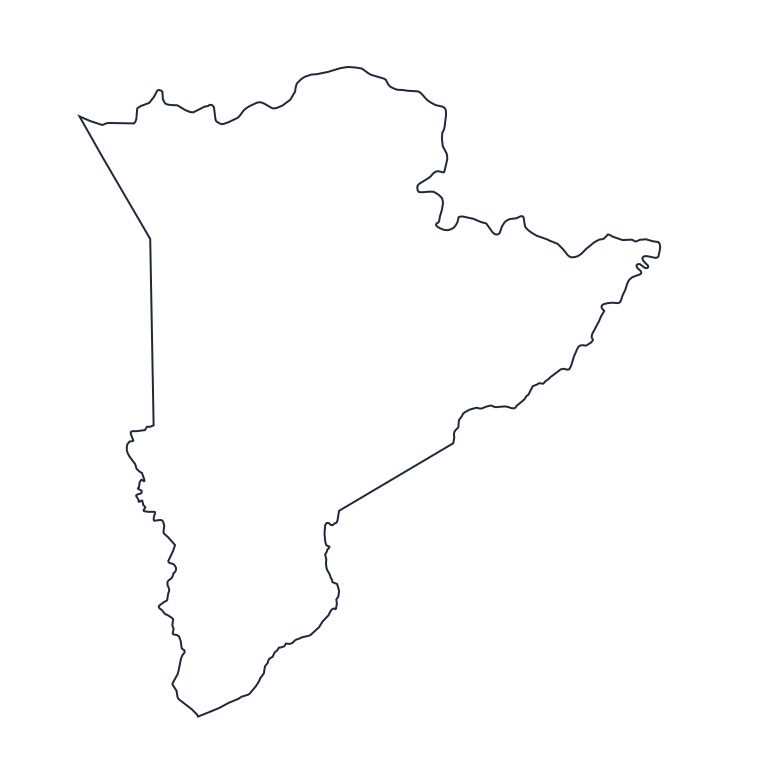 the district of Alauca, El Paraíso, Honduras, rotated 86°
{"feature_id": "27666195B40096098220117", "entity_name": "Alauca", "entity_type": "district", "adm_level": 2, "iso_a3": "HND", "parent_name": "Honduras", "parent_adm1": "El Paraíso", "projection": "orthographic", "projection_center": [-86.676, 13.853], "detail": "fine", "context": "isolated", "style": "outline", "palette": "slate", "viewbox_px": 768, "rotation_deg": 86, "n_neighbors": 0, "source": "geoboundaries", "source_scale": "gbopen_adm2", "svg_char_len": 6098}
<svg xmlns="http://www.w3.org/2000/svg" viewBox="0 0 768 768"><g transform="rotate(86 384 384)"><path d="M94.4,330.1L93.2,339.5L91.9,345.6L91.5,349.6L90.8,351.8L89.0,355.2L87.3,357.6L84.8,359.2L80.9,360.8L79.6,362.2L74.6,375.5L72.7,378.3L68.6,383.0L67.6,384.8L66.3,390.3L65.2,398.1L65.9,405.6L68.8,418.3L70.3,429.9L70.2,434.6L72.0,441.5L73.9,445.1L78.3,450.1L82.2,451.5L86.1,452.3L93.4,457.3L94.5,458.6L99.1,465.8L100.9,470.9L101.4,473.4L101.3,475.6L100.7,476.9L96.2,483.5L94.7,486.4L94.2,488.7L94.6,491.4L97.4,498.7L99.7,502.9L101.5,505.1L106.8,509.6L108.3,511.5L111.9,520.6L113.5,526.4L113.4,528.0L112.6,529.8L110.7,532.5L109.8,533.2L107.9,533.7L96.5,534.3L95.1,534.9L93.7,536.2L93.3,538.3L94.5,540.4L94.8,543.7L99.5,554.8L99.6,556.7L99.0,558.8L96.8,563.3L91.6,570.6L90.8,577.5L90.0,580.7L89.2,582.3L87.7,583.4L84.5,584.7L76.9,584.7L75.7,586.0L75.1,587.7L75.2,589.0L75.6,589.8L81.5,593.4L87.2,598.6L89.8,607.4L91.6,610.6L92.6,611.1L102.1,612.5L105.2,613.8L106.6,615.3L104.4,640.6L104.7,643.3L105.8,646.1L105.8,647.4L101.2,658.7L95.8,669.1L137.4,649.3L223.0,607.1L409.2,616.7L410.4,620.5L410.1,623.3L410.8,624.0L413.3,625.7L413.8,634.5L413.5,637.9L414.0,639.6L414.8,640.0L416.0,640.1L423.0,638.0L423.4,638.8L423.7,641.9L426.1,644.1L427.7,644.8L432.0,645.2L434.8,644.6L438.5,643.0L446.3,638.0L448.6,637.3L451.3,636.8L454.2,634.1L456.0,631.6L463.1,629.7L463.9,629.8L464.2,630.2L462.6,632.6L463.0,633.2L465.1,634.7L469.6,635.6L470.9,636.7L471.6,636.4L473.2,633.6L474.6,633.1L476.1,633.8L477.1,637.9L477.9,639.0L478.5,639.0L482.5,636.9L484.0,637.0L484.5,636.4L483.6,634.6L483.5,633.3L487.8,632.6L490.2,630.7L490.8,630.9L492.8,632.5L493.5,632.6L494.1,632.3L495.1,628.0L495.4,622.4L495.8,621.5L496.9,621.4L499.5,622.5L502.0,623.1L503.5,623.2L504.4,622.7L504.0,616.6L504.4,615.2L505.3,614.3L506.9,613.7L510.2,613.1L515.9,614.3L517.7,614.1L522.1,609.8L530.1,603.7L535.1,605.7L545.5,611.5L546.5,611.3L547.5,610.5L548.8,607.0L550.3,605.4L552.9,604.3L555.3,604.6L556.8,605.5L558.4,607.4L560.6,608.0L562.1,608.9L563.3,610.1L564.9,612.6L566.8,614.0L568.7,613.8L569.8,614.0L572.0,613.0L574.9,612.6L578.4,614.0L584.4,615.4L585.2,616.3L586.0,618.5L589.0,623.1L589.8,624.0L590.7,624.3L592.1,623.6L594.1,621.3L598.2,618.5L599.4,616.0L602.3,612.2L603.7,610.9L604.5,610.8L609.8,612.0L613.5,611.0L618.3,612.2L619.3,611.2L619.9,608.2L621.5,606.1L626.3,604.7L633.2,604.3L634.3,603.7L635.4,602.0L636.5,601.5L638.3,601.9L640.4,604.0L643.9,605.7L655.9,609.0L659.4,610.3L667.1,615.4L668.3,615.9L669.2,615.9L675.5,612.4L682.0,611.8L683.3,611.3L684.8,610.0L695.1,598.4L700.8,593.5L702.8,592.7L695.9,571.5L691.1,560.8L687.8,551.0L686.0,547.9L684.6,541.7L683.9,540.0L676.8,533.1L671.8,529.4L668.9,528.0L664.4,524.1L657.3,522.4L653.9,519.3L652.8,519.1L650.3,517.8L648.3,514.1L644.3,511.9L641.9,508.8L639.6,507.2L639.8,506.1L638.8,502.1L638.1,501.2L636.1,500.1L636.7,496.6L636.5,495.1L635.8,493.3L633.6,490.8L632.7,488.9L631.8,485.3L631.0,483.6L630.0,477.2L629.4,475.0L622.0,465.7L616.6,461.8L610.9,455.6L606.6,453.0L605.1,451.5L604.4,449.8L605.2,448.2L604.8,447.6L599.8,446.3L595.7,446.6L592.9,444.4L587.3,443.2L580.3,444.7L578.1,449.2L575.0,449.8L573.6,450.7L571.7,451.0L568.2,452.3L565.9,453.6L563.3,454.2L558.9,454.4L555.0,453.8L549.9,454.6L547.4,452.9L545.4,452.1L543.5,450.1L542.7,449.8L542.2,450.0L541.6,451.8L540.3,453.0L536.9,453.6L529.3,453.8L521.0,452.6L518.8,451.1L518.6,450.5L519.0,448.6L520.9,446.9L521.2,446.1L520.9,444.6L519.7,443.2L519.4,441.7L518.4,440.6L516.4,439.8L507.4,437.7L447.9,319.0L442.6,317.7L438.9,317.7L436.9,317.2L435.0,315.9L433.3,313.7L432.0,312.8L425.3,311.8L421.3,308.4L419.1,307.2L417.7,305.1L415.6,300.5L414.2,293.9L414.3,292.5L415.1,290.5L415.3,288.5L413.7,283.4L413.0,279.6L413.2,277.8L414.3,276.1L414.9,274.1L414.8,264.9L415.4,262.3L417.0,258.5L417.3,256.8L417.2,255.4L416.6,254.4L415.1,253.3L409.1,245.0L406.3,243.0L404.5,240.5L396.6,235.8L395.2,231.4L394.0,229.2L394.8,225.1L392.5,222.7L390.4,219.3L388.7,217.4L381.8,206.8L381.3,204.0L382.5,200.0L382.2,198.1L378.9,196.1L369.8,192.6L362.3,188.7L360.6,187.5L359.6,186.3L359.2,184.9L359.2,182.6L359.8,180.5L359.6,179.2L356.9,174.3L355.0,172.7L354.3,172.5L353.0,173.2L351.4,173.6L348.8,172.9L336.3,165.1L331.7,162.8L326.7,159.3L326.1,159.3L325.1,160.5L322.9,161.6L321.8,161.6L320.7,161.0L319.6,159.0L319.0,155.5L318.8,150.7L319.6,145.5L319.4,143.9L318.8,142.9L316.3,141.4L312.4,139.9L306.6,136.6L301.6,134.7L298.0,132.8L296.2,130.9L294.7,128.6L292.3,120.5L291.8,119.9L290.6,119.6L289.3,120.0L286.8,122.4L284.9,123.7L283.5,123.8L282.7,123.4L282.1,122.2L282.3,120.3L286.1,116.0L286.6,115.0L286.7,113.5L286.0,112.4L284.9,112.3L283.7,112.8L280.5,115.8L278.0,117.3L276.5,117.4L275.2,116.5L274.7,115.2L274.9,112.3L277.1,104.6L276.9,102.6L276.0,101.4L269.7,99.5L266.3,98.9L263.4,99.3L261.5,100.5L260.4,105.7L257.9,112.7L258.0,118.6L259.4,122.7L259.0,124.2L257.8,125.6L257.2,127.6L257.1,135.9L252.9,145.8L251.2,148.1L250.4,150.1L254.2,154.3L254.8,156.4L254.9,158.9L257.2,164.2L263.5,173.1L267.6,177.7L269.3,180.3L270.2,182.5L270.6,184.5L270.8,186.9L270.5,189.0L268.7,191.4L262.3,195.8L256.3,201.0L252.7,208.5L250.8,211.8L246.9,221.0L243.7,225.8L240.9,229.1L238.8,231.0L237.1,232.1L234.4,232.6L227.8,233.1L226.7,233.6L226.2,234.7L226.2,236.0L227.9,240.3L228.2,246.9L229.7,250.6L231.2,252.5L235.0,255.3L241.3,258.0L242.4,259.2L242.8,260.6L242.4,262.7L240.6,264.9L231.0,270.8L229.2,276.0L225.5,283.1L222.4,293.7L222.3,296.3L222.8,297.9L227.6,299.4L229.9,300.8L232.8,303.3L234.3,306.4L235.0,309.4L234.7,312.3L233.5,315.6L231.4,319.1L229.7,320.8L228.7,321.0L227.6,320.4L226.7,318.6L225.3,317.6L221.0,316.6L214.0,314.0L207.6,312.5L204.7,312.7L202.7,313.2L199.6,315.7L196.8,319.3L195.6,321.6L195.3,325.6L195.4,332.7L194.9,335.6L194.3,336.4L193.2,336.9L189.9,337.1L188.2,336.4L186.7,334.8L181.7,325.3L180.0,322.8L177.4,320.3L176.0,318.1L175.4,315.3L177.1,309.8L176.2,308.9L164.5,305.3L162.0,305.1L158.5,305.4L150.9,308.8L143.6,309.1L137.6,308.4L134.3,306.4L131.3,305.5L119.6,303.3L115.5,303.2L113.4,303.9L112.1,305.1L111.2,306.9L109.3,313.3L105.5,319.1L102.7,322.0L97.2,326.2L95.4,328.0L94.4,330.1Z" fill="none" stroke="#1e293b" stroke-width="2"/></g></svg>